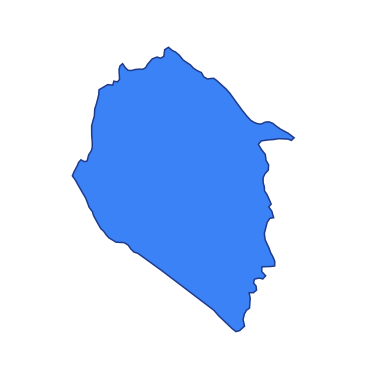 outline of Sales, São Paulo, Brazil, rotated 166°
{"feature_id": "56859067B21850639491006", "entity_name": "Sales", "entity_type": "district", "adm_level": 2, "iso_a3": "BRA", "parent_name": "Brazil", "parent_adm1": "São Paulo", "projection": "equal_earth", "projection_center": [-49.515, -21.337], "detail": "fine", "context": "isolated", "style": "filled", "palette": "blue", "viewbox_px": 384, "rotation_deg": 166, "n_neighbors": 0, "source": "geoboundaries", "source_scale": "gbopen_adm2", "svg_char_len": 2080}
<svg xmlns="http://www.w3.org/2000/svg" viewBox="0 0 384 384"><g transform="rotate(166 192 192)"><path d="M79.8,219.9L84.4,225.7L91.0,231.6L94.8,236.1L97.0,239.1L100.3,241.4L103.8,242.1L108.8,241.2L112.2,242.6L114.9,244.5L117.7,247.4L120.8,253.1L123.8,259.8L126.9,267.4L128.5,271.4L131.5,278.9L133.9,283.5L138.0,289.6L141.2,294.4L143.5,297.1L146.4,297.6L149.6,297.9L152.8,301.0L154.0,305.6L157.6,308.5L160.5,311.6L162.9,315.8L165.7,318.9L168.6,322.1L171.2,327.7L174.2,331.9L176.7,333.9L179.8,338.1L184.1,336.7L186.5,330.4L190.2,329.4L193.2,331.4L198.4,330.8L204.2,326.7L207.0,323.8L210.0,323.0L213.2,323.9L217.1,324.6L221.3,324.5L224.7,325.6L226.7,329.0L228.3,333.3L231.3,331.8L233.2,328.5L234.2,323.3L235.1,318.7L237.8,316.9L241.0,318.5L243.0,314.9L247.8,316.6L257.5,313.7L259.0,308.9L261.1,304.9L263.1,301.2L266.3,296.0L268.4,289.3L270.9,285.0L273.4,280.4L274.7,275.1L275.8,270.3L276.8,264.1L278.0,259.5L279.7,256.4L283.3,253.0L286.3,247.4L289.2,247.6L292.0,250.1L294.9,248.1L297.0,245.2L301.3,240.5L304.2,236.6L302.4,232.2L300.9,226.6L298.7,218.8L296.6,211.6L295.9,205.9L295.5,202.0L293.4,197.0L293.2,192.8L291.4,185.8L289.4,178.6L287.2,175.3L285.5,170.9L283.7,167.6L280.8,164.7L277.9,161.7L269.9,159.2L266.8,155.9L265.0,151.2L262.9,147.8L259.4,145.6L241.4,124.3L233.6,114.6L213.7,89.8L199.5,72.1L197.8,68.9L196.2,65.6L194.2,62.5L190.2,56.2L185.8,49.3L183.1,45.9L179.3,46.0L173.5,49.1L173.3,55.8L170.8,60.8L167.7,64.1L164.3,65.4L162.7,70.4L161.3,74.5L160.9,80.5L156.8,79.4L153.1,81.2L152.6,85.2L154.3,88.9L152.5,92.3L147.8,92.3L144.3,90.5L140.8,92.9L143.6,97.9L142.3,102.5L137.5,101.5L133.9,100.7L129.7,100.2L128.5,104.4L129.0,108.8L130.4,114.2L130.8,118.7L131.6,122.7L132.6,128.0L131.8,134.4L129.0,139.5L126.4,144.4L122.8,147.6L119.0,147.3L119.2,154.0L121.1,159.0L118.1,161.1L118.9,166.1L119.9,171.6L121.4,175.5L120.6,179.5L120.7,183.9L119.5,188.7L116.7,192.2L112.7,194.7L111.1,199.7L112.5,204.9L111.8,210.7L114.3,216.3L116.1,222.2L112.4,224.8L105.1,224.1L100.3,223.2L95.1,222.8L86.0,220.1L83.0,218.0L79.8,219.9Z" fill="#3b82f6" stroke="#1e3a8a" stroke-width="1.5"/></g></svg>